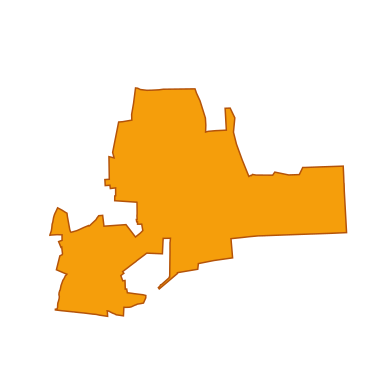 outline of Kinchil, Yucatán, Mexico, rotated 171°
{"feature_id": "50627088B70780361544705", "entity_name": "Kinchil", "entity_type": "district", "adm_level": 2, "iso_a3": "MEX", "parent_name": "Mexico", "parent_adm1": "Yucatán", "projection": "mercator", "projection_center": [-89.997, 20.843], "detail": "fine", "context": "isolated", "style": "filled", "palette": "amber", "viewbox_px": 384, "rotation_deg": 171, "n_neighbors": 0, "source": "geoboundaries", "source_scale": "gbopen_adm2", "svg_char_len": 3426}
<svg xmlns="http://www.w3.org/2000/svg" viewBox="0 0 384 384"><g transform="rotate(171 192 192)"><path d="M253.5,272.6L264.2,243.5L263.6,237.9L268.5,239.9L271.7,217.5L276.1,217.9L276.7,211.9L272.0,211.5L272.1,208.2L266.8,208.0L268.0,200.2L268.9,200.2L269.7,195.5L249.6,190.9L248.1,190.6L248.0,189.9L249.6,179.2L250.1,177.1L250.3,175.2L250.5,173.4L251.3,173.5L251.3,171.2L250.5,171.1L250.8,168.7L246.7,168.1L246.6,161.6L249.6,159.4L254.9,156.4L262.3,170.1L284.3,172.0L283.9,182.9L284.2,182.9L287.8,183.2L290.0,181.1L291.1,179.7L298.6,174.6L299.5,174.7L298.8,175.2L303.9,174.0L304.7,173.8L309.2,172.5L310.1,172.3L311.1,172.0L312.2,171.8L317.8,171.1L318.1,171.5L318.2,172.0L318.4,172.5L318.5,173.3L318.6,173.8L318.9,186.9L318.9,187.0L318.8,190.6L320.3,191.8L323.2,194.4L327.2,197.4L329.0,194.7L329.9,193.4L330.5,192.6L331.6,190.8L332.8,188.2L333.9,185.0L334.1,184.3L335.2,182.0L335.4,181.2L336.2,178.1L337.2,175.2L337.3,175.1L339.0,171.9L339.1,171.5L337.7,171.5L332.4,171.0L332.1,171.0L327.0,170.0L327.3,168.7L327.9,164.6L331.5,163.9L330.1,157.8L329.3,158.1L329.4,155.6L329.5,152.8L329.6,151.1L330.0,150.4L332.5,149.6L338.1,136.4L330.0,131.3L328.4,130.4L329.5,129.4L330.1,129.2L330.4,128.7L332.2,126.1L332.5,125.9L333.3,125.0L336.0,120.1L337.6,115.7L338.0,115.5L339.1,113.1L339.5,111.4L339.4,109.5L339.8,107.8L341.0,105.0L341.5,104.0L341.8,103.5L342.3,101.7L342.5,100.9L342.7,99.6L342.8,99.2L343.5,97.6L345.3,97.6L345.4,96.9L341.6,95.8L339.5,95.2L336.8,94.5L331.6,93.1L330.0,92.7L328.6,92.3L327.6,92.1L325.6,91.5L324.5,91.2L322.3,90.6L317.7,89.4L314.9,88.6L309.4,87.0L307.0,86.4L305.8,86.1L302.5,84.8L294.8,82.4L294.3,87.0L294.4,87.9L293.9,87.8L293.6,87.7L293.2,87.5L292.9,87.3L292.6,87.2L292.4,87.0L291.9,86.6L291.4,86.3L291.2,86.1L290.7,85.7L288.8,84.4L288.3,84.2L287.3,83.6L286.6,83.0L286.1,82.6L279.1,80.4L277.6,87.5L277.3,88.8L276.3,88.6L275.5,88.4L275.3,88.4L274.6,88.3L272.9,88.1L272.1,88.0L270.9,88.0L269.8,88.1L266.3,89.1L264.6,89.4L263.6,89.8L262.6,89.8L259.9,89.8L257.3,89.9L254.2,94.7L253.8,97.0L256.5,98.2L257.6,98.5L260.0,99.2L264.9,100.6L266.8,101.2L269.1,101.9L271.6,102.6L271.7,106.4L273.1,106.5L272.0,115.1L274.3,115.1L275.1,119.2L275.4,120.5L274.1,121.3L272.0,122.4L273.0,124.2L267.6,127.1L265.8,128.1L264.4,128.9L263.8,129.2L259.9,131.3L258.1,132.2L258.0,132.3L257.7,132.6L249.2,137.1L247.4,138.1L246.3,138.7L230.9,135.6L228.3,148.1L227.7,150.7L223.6,150.1L221.9,149.9L220.5,149.7L221.4,146.1L221.6,145.6L222.5,140.1L223.0,136.8L227.0,113.5L227.4,111.4L227.9,111.4L228.1,110.8L236.6,105.4L237.6,105.2L238.4,104.1L240.2,102.8L239.5,101.4L219.1,113.8L219.0,114.6L198.4,114.8L196.9,120.3L181.0,120.9L162.2,120.6L160.8,139.8L154.8,139.5L149.3,139.2L142.5,138.9L133.4,138.3L126.6,137.4L125.9,137.4L125.4,137.3L115.5,136.1L90.8,133.1L81.0,131.9L80.4,131.8L60.7,129.4L45.7,127.7L41.8,165.7L41.4,169.5L41.0,172.5L40.5,176.5L40.5,176.8L40.5,177.6L39.7,184.0L38.6,193.9L55.6,196.0L61.2,196.7L61.3,196.7L76.2,198.5L78.8,198.9L83.3,192.4L93.8,193.7L107.1,198.7L109.7,196.0L126.1,198.7L129.6,199.9L130.7,198.9L131.4,199.2L133.4,198.5L137.4,215.8L140.6,232.3L141.7,244.6L138.1,258.5L141.2,268.9L146.2,269.5L148.4,247.7L159.3,248.9L166.6,249.4L169.2,249.1L167.9,255.8L167.2,263.0L169.8,280.7L172.1,288.9L172.9,293.4L204.4,298.0L208.7,298.1L215.4,298.8L220.7,299.5L227.0,301.3L229.4,303.0L231.5,303.6L235.8,288.9L239.5,278.0L240.2,272.4L249.6,272.3L253.5,272.6Z" fill="#f59e0b" stroke="#b45309" stroke-width="1.5"/></g></svg>